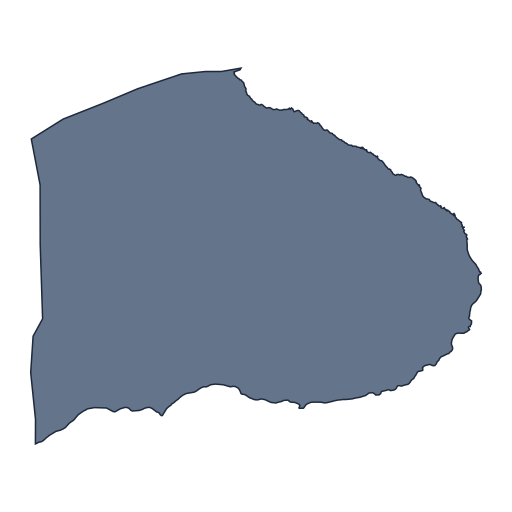 the district of South East Ambrym, Malampa, Vanuatu
{"feature_id": "77236927B97442931027551", "entity_name": "South East Ambrym", "entity_type": "district", "adm_level": 2, "iso_a3": "VUT", "parent_name": "Vanuatu", "parent_adm1": "Malampa", "projection": "orthographic", "projection_center": [168.254, -16.302], "detail": "fine", "context": "isolated", "style": "filled", "palette": "slate", "viewbox_px": 512, "rotation_deg": 0, "n_neighbors": 0, "source": "geoboundaries", "source_scale": "gbopen_adm2", "svg_char_len": 6079}
<svg xmlns="http://www.w3.org/2000/svg" viewBox="0 0 512 512"><path d="M31.3,139.0L40.1,185.0L40.2,244.5L42.6,318.8L33.1,336.2L30.7,372.6L35.5,419.3L35.4,443.9L37.6,443.0L38.4,442.3L41.4,441.7L43.4,440.5L46.5,437.6L50.1,434.9L55.9,431.4L60.6,430.1L63.0,429.0L65.4,427.5L69.5,423.0L73.8,420.0L78.2,414.7L83.8,410.8L85.4,410.2L87.3,408.9L94.4,407.6L106.5,408.0L113.2,411.6L115.0,411.8L120.3,408.8L125.0,407.4L127.4,407.6L129.2,408.5L130.6,410.1L132.3,411.0L139.0,410.5L142.2,409.5L144.9,408.1L148.7,407.3L149.9,407.5L152.0,408.4L156.7,412.0L157.5,412.1L159.3,413.0L160.0,414.4L161.3,415.6L162.2,415.6L162.7,415.1L163.7,413.2L164.7,411.8L166.4,408.9L168.1,407.2L171.1,405.0L172.0,403.7L173.7,402.8L175.9,400.8L178.3,399.1L179.6,397.7L182.8,395.2L186.3,393.5L194.0,392.2L195.8,391.4L199.6,388.7L202.3,387.2L204.5,386.7L206.0,386.9L207.6,386.4L210.5,384.8L212.8,384.4L215.4,384.1L221.7,384.6L223.8,384.9L230.2,386.8L233.5,386.3L235.4,386.6L237.9,387.9L239.0,389.1L240.2,391.3L240.9,393.3L241.3,393.8L242.1,394.2L243.5,394.3L245.3,394.8L249.5,397.7L254.6,399.7L257.5,399.9L261.1,399.0L262.5,399.1L265.1,399.7L270.4,402.2L271.5,402.5L276.1,403.0L277.5,402.4L281.5,401.5L283.7,400.4L287.9,400.1L290.2,402.0L292.4,402.3L294.4,402.3L297.5,403.5L299.4,404.6L299.8,406.0L299.0,407.6L299.2,408.3L303.5,408.2L306.1,404.6L307.8,403.6L311.2,402.2L317.3,402.1L321.9,402.3L324.0,402.9L325.6,402.8L327.3,402.6L335.7,400.5L338.3,400.0L341.1,399.8L342.5,399.5L345.9,399.5L352.1,398.9L355.5,398.0L359.9,397.3L365.8,395.4L369.0,393.0L372.8,392.7L374.6,393.9L375.7,395.0L379.0,394.9L380.7,393.6L381.0,392.3L381.7,391.4L386.2,390.4L387.9,389.7L389.5,390.0L390.5,390.6L393.3,390.2L395.1,389.5L396.0,388.6L397.6,385.9L399.0,385.6L401.5,386.1L404.4,385.1L408.0,384.3L409.1,383.4L410.3,382.0L411.0,380.7L412.1,379.6L413.2,378.9L414.1,378.0L414.6,376.7L415.6,375.4L417.5,372.0L418.7,371.3L419.9,371.2L422.7,370.4L422.8,368.8L422.4,367.9L423.2,366.9L424.8,365.6L429.8,364.4L432.7,365.6L433.8,365.7L434.9,365.5L436.3,363.8L437.1,361.9L438.8,360.3L439.5,358.6L441.2,356.7L443.1,356.0L447.3,353.9L448.8,353.5L450.2,351.8L451.0,351.5L452.0,350.4L452.7,348.6L452.4,346.6L451.6,345.1L451.4,343.0L451.9,340.3L452.8,338.0L455.1,334.3L456.3,333.6L457.4,333.2L459.2,333.1L462.6,333.3L464.1,333.2L465.3,332.2L466.7,331.9L467.7,330.9L469.2,330.0L469.6,329.4L468.4,327.7L468.6,326.8L469.3,326.5L470.2,326.6L470.7,324.9L471.4,324.0L471.5,323.0L471.6,320.9L469.9,319.7L469.0,318.8L468.8,317.4L469.5,316.2L469.8,312.4L470.5,309.5L470.6,308.0L471.8,305.1L472.8,303.9L475.6,301.6L476.8,300.1L480.5,294.2L480.7,293.3L481.0,290.8L481.3,290.3L481.3,287.8L480.9,285.7L480.0,284.3L479.0,283.5L478.5,282.1L478.1,278.9L478.2,276.6L478.7,275.1L479.9,274.5L481.2,273.3L480.6,272.6L480.5,272.0L479.6,271.9L478.5,268.9L476.6,266.0L476.0,264.6L472.3,260.6L470.6,258.1L469.1,255.4L467.9,252.0L467.2,249.5L467.2,244.8L466.8,240.0L466.9,239.6L467.5,239.1L467.1,238.1L466.5,237.7L466.5,236.7L466.2,236.0L466.8,235.2L466.6,234.5L464.9,233.6L463.7,231.3L464.4,230.5L463.0,228.5L463.2,227.8L464.1,227.4L464.1,227.1L463.6,227.0L462.8,227.3L462.1,226.6L462.3,225.5L461.9,224.6L461.5,224.0L461.3,223.1L461.6,222.7L461.4,222.3L460.8,222.2L458.0,219.8L456.6,219.0L456.3,218.1L455.6,217.4L455.0,216.3L455.1,215.6L454.7,214.6L454.2,215.3L453.6,215.4L453.5,214.7L454.0,214.2L453.8,213.6L452.7,214.4L450.1,212.8L449.9,211.9L449.4,211.3L448.4,211.1L447.9,210.8L447.8,210.2L447.3,210.1L447.3,210.5L446.6,210.8L446.0,209.5L445.0,209.2L444.6,208.9L444.6,208.1L444.2,207.6L443.8,207.8L443.5,208.4L442.8,208.4L441.9,208.1L440.9,207.6L441.2,206.7L440.6,205.8L439.4,206.1L438.8,205.8L438.2,205.4L437.7,204.5L437.0,204.4L435.7,202.5L434.0,202.7L431.6,201.5L430.4,201.3L429.1,199.4L426.1,198.8L423.8,197.2L422.6,195.7L421.5,192.5L421.1,191.8L420.5,189.8L421.0,188.3L420.6,187.7L419.5,186.7L419.0,185.7L419.5,185.4L419.4,185.0L417.9,184.7L416.0,182.0L416.3,181.2L414.9,179.6L413.0,178.1L411.7,177.3L410.6,177.0L409.8,177.5L409.1,177.3L407.7,177.3L406.0,176.2L405.5,176.3L404.7,176.1L403.4,175.2L401.4,174.4L399.8,175.0L398.7,174.5L396.9,174.5L396.0,175.3L395.2,175.2L394.0,174.5L392.7,173.5L392.3,172.4L390.8,170.6L390.6,169.7L389.4,169.0L388.8,169.3L388.1,168.8L387.2,167.4L386.2,166.6L384.3,164.0L383.9,163.3L382.5,161.5L381.6,160.7L380.0,160.5L378.1,158.7L377.4,157.5L377.7,156.8L377.4,156.2L376.1,156.7L375.4,155.9L373.7,155.0L373.1,154.1L371.7,153.4L370.6,152.3L368.9,152.6L368.1,152.4L366.6,151.1L366.5,150.7L366.8,150.2L366.4,149.7L365.1,149.9L364.7,149.7L364.3,149.0L363.7,148.5L363.0,148.8L362.4,148.6L362.8,147.5L362.0,147.2L361.5,147.6L361.4,148.1L360.6,148.2L360.1,147.5L359.5,147.6L358.5,147.2L357.1,147.2L356.6,146.5L356.3,146.4L353.7,146.1L353.0,146.4L352.5,146.3L351.8,145.3L349.6,145.2L348.2,144.9L346.5,143.2L345.5,143.2L343.8,141.5L343.1,141.2L342.3,141.2L341.6,139.9L339.6,139.6L337.2,137.9L336.2,137.1L334.5,135.2L333.3,134.7L332.2,133.4L330.3,133.1L329.3,132.2L327.4,130.1L326.1,130.0L325.2,130.4L323.7,129.8L322.5,128.3L321.0,126.0L320.3,125.3L319.7,125.0L319.7,124.3L318.7,123.2L317.5,122.8L317.1,123.3L313.9,123.1L313.5,123.3L313.0,122.7L311.5,122.0L312.1,121.6L311.6,120.8L310.3,121.3L308.6,120.0L307.3,119.5L307.7,118.7L307.5,118.1L305.9,117.1L304.7,117.0L304.3,116.8L304.0,115.6L303.6,114.9L302.3,114.2L301.5,113.0L300.3,112.2L299.4,110.9L298.6,110.5L296.8,110.6L294.3,111.8L293.7,111.2L292.9,109.1L291.4,107.9L290.3,109.3L289.3,108.2L288.5,109.2L287.6,109.2L286.3,109.6L284.7,109.4L283.2,109.6L282.1,110.1L279.3,110.1L276.5,108.9L275.4,109.5L273.8,109.6L272.8,109.4L270.1,107.7L268.8,107.6L267.7,107.9L266.4,108.0L263.7,106.1L262.7,105.1L261.7,104.5L261.2,104.4L259.8,105.1L259.0,105.0L257.8,104.4L256.7,104.2L255.9,103.7L254.9,102.3L253.0,101.0L252.2,100.1L251.7,99.1L250.6,98.4L249.5,96.3L247.5,95.2L246.9,94.0L246.2,91.7L245.7,90.8L245.7,90.4L246.0,89.5L246.0,88.6L244.6,86.5L243.7,82.8L241.9,81.1L241.3,80.1L239.7,79.7L238.9,78.6L237.7,78.1L234.2,74.3L234.4,72.9L233.9,72.0L240.0,69.8L241.0,68.1L221.4,71.5L205.5,71.5L181.6,73.9L137.8,88.7L103.6,103.1L63.1,119.1L31.3,139.0Z" fill="#64748b" stroke="#1e293b" stroke-width="1.5"/></svg>